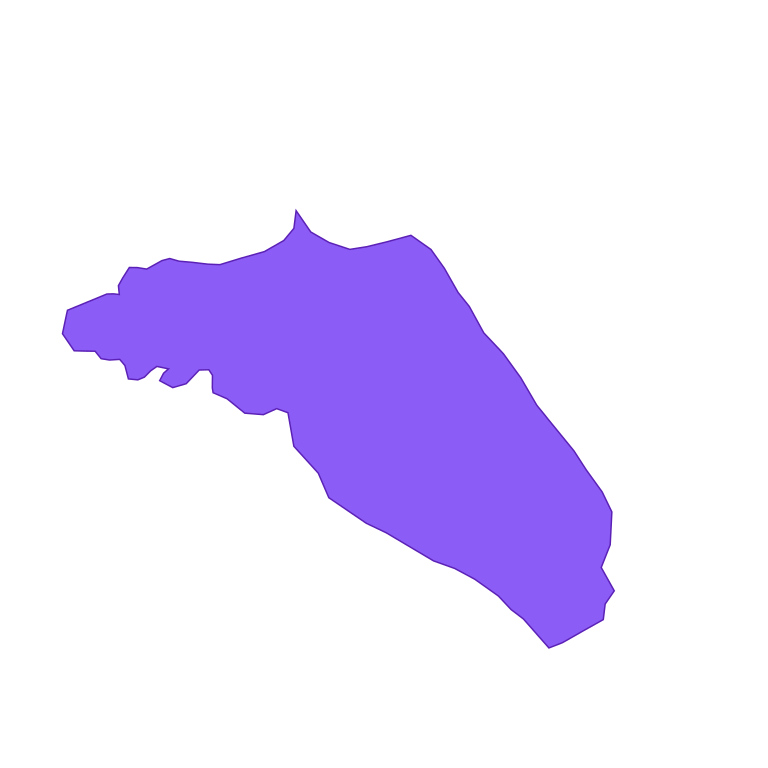 Ahoada West, Rivers, Nigeria, rotated 121°
{"feature_id": "59680162B31457176745984", "entity_name": "Ahoada West", "entity_type": "district", "adm_level": 2, "iso_a3": "NGA", "parent_name": "Nigeria", "parent_adm1": "Rivers", "projection": "robinson", "projection_center": [6.521, 5.02], "detail": "fine", "context": "isolated", "style": "filled", "palette": "violet", "viewbox_px": 768, "rotation_deg": 121, "n_neighbors": 0, "source": "geoboundaries", "source_scale": "gbopen_adm2", "svg_char_len": 1269}
<svg xmlns="http://www.w3.org/2000/svg" viewBox="0 0 768 768"><g transform="rotate(121 384 384)"><path d="M513.8,97.8L493.5,86.4L473.0,74.7L458.7,81.1L442.7,80.1L429.4,103.3L405.3,107.3L376.3,122.8L364.2,141.3L353.4,166.5L343.5,186.7L329.6,225.4L327.9,229.9L324.2,240.2L323.4,242.3L308.2,270.0L296.7,296.9L295.7,300.2L288.8,324.8L273.6,350.8L267.4,367.6L253.7,391.9L244.5,413.0L242.7,437.5L260.8,454.9L275.3,469.6L286.2,482.6L291.0,503.9L291.3,518.8L291.4,525.1L280.7,548.6L297.0,541.4L312.6,543.8L332.1,554.7L349.4,571.0L366.2,586.1L372.0,596.7L378.5,611.1L384.3,623.0L386.8,632.3L392.6,637.9L407.7,646.6L411.3,655.5L415.3,662.3L427.9,662.6L436.5,662.3L443.6,657.0L446.0,662.2L449.6,667.9L483.8,693.3L488.6,691.7L506.5,685.5L515.1,666.7L510.2,658.0L504.7,648.5L508.0,639.5L504.8,631.6L499.0,623.2L501.6,615.6L511.3,605.7L507.2,597.1L501.5,592.9L492.9,590.8L485.9,587.7L482.0,576.5L488.3,578.5L496.7,578.0L495.9,563.2L485.6,553.7L467.2,549.6L462.0,541.5L464.9,535.5L475.7,529.2L479.5,526.0L477.5,510.9L480.7,488.3L472.4,471.6L460.4,463.3L458.1,451.5L483.8,429.2L494.3,394.4L509.9,372.7L512.5,327.3L510.4,305.6L510.1,250.4L505.7,228.4L504.6,205.7L506.8,176.8L511.9,158.8L513.6,143.5L525.3,106.7L513.8,97.8Z" fill="#8b5cf6" stroke="#5b21b6" stroke-width="1.5"/></g></svg>